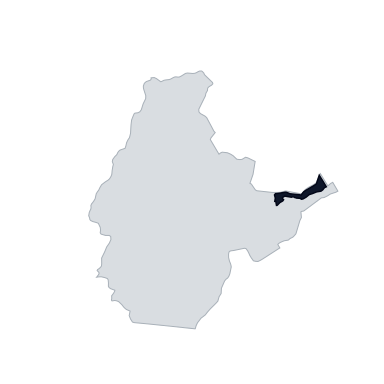 Manyo, Upper Nile, South Sudan shown in context, rotated 59°
{"feature_id": "79223893B45725284796006", "entity_name": "Manyo", "entity_type": "district", "adm_level": 2, "iso_a3": "SSD", "parent_name": "South Sudan", "parent_adm1": "Upper Nile", "projection": "equal_earth", "projection_center": [32.292, 11.036], "detail": "fine", "context": "in_parent", "style": "filled", "palette": "ink", "viewbox_px": 384, "rotation_deg": 59, "n_neighbors": 0, "source": "geoboundaries", "source_scale": "gbopen_adm2", "svg_char_len": 4594}
<svg xmlns="http://www.w3.org/2000/svg" viewBox="0 0 384 384"><g transform="rotate(59 192 192)"><path d="M283.2,296.6L274.5,308.4L273.9,309.1L272.8,310.0L269.3,310.1L265.6,309.5L262.2,306.4L258.8,308.8L256.7,309.5L255.4,309.8L252.3,310.2L248.0,311.4L246.1,313.0L245.1,314.3L244.2,316.6L243.8,316.8L243.0,316.6L241.9,315.6L239.6,314.3L238.4,311.4L237.4,309.6L236.5,308.7L232.9,311.6L231.1,312.3L229.7,312.2L227.0,310.5L224.1,309.1L222.6,309.1L220.4,310.9L217.9,313.5L216.5,316.1L215.9,317.7L215.0,315.3L214.2,313.8L212.9,313.2L210.5,313.8L209.9,313.0L209.8,311.0L209.4,309.1L208.8,307.7L206.9,306.3L202.1,303.5L198.4,297.8L196.5,295.2L195.2,293.5L193.2,289.1L191.0,286.0L188.3,284.6L186.6,285.3L184.7,288.5L181.3,291.6L179.7,291.7L177.7,290.1L175.2,288.9L170.6,288.4L168.8,289.8L166.3,292.2L164.2,293.6L162.9,293.7L161.7,293.2L160.3,292.9L159.2,292.8L156.7,290.7L155.5,289.1L154.6,287.6L153.3,286.5L151.6,285.7L150.5,284.3L149.9,282.6L149.0,280.5L147.9,278.5L144.2,275.0L143.1,272.9L142.3,270.9L140.8,268.7L139.2,265.7L138.7,261.3L138.6,257.8L138.3,256.2L137.6,254.6L136.8,253.2L135.5,251.6L132.5,249.4L129.4,246.8L127.9,245.2L125.0,244.7L123.3,243.2L121.9,239.9L121.3,237.3L119.9,235.2L119.3,233.8L119.0,232.0L120.1,226.9L118.5,225.0L116.0,222.6L114.3,220.0L113.2,217.6L110.1,214.5L103.2,209.8L99.2,206.7L97.1,204.0L95.2,201.4L95.0,200.3L96.2,197.6L96.4,195.5L95.4,193.1L91.3,188.5L88.1,183.6L85.6,182.0L79.6,180.6L77.9,180.1L76.1,179.1L74.3,176.9L73.8,174.3L74.7,170.0L74.1,168.7L73.1,168.4L73.4,167.5L74.5,165.4L76.4,164.1L81.4,162.0L81.6,161.2L81.8,158.6L82.2,157.3L83.9,153.6L84.2,152.1L84.3,149.0L84.5,147.6L85.0,146.5L86.4,144.7L86.9,143.6L87.1,141.2L87.0,136.5L87.7,134.6L90.8,130.3L91.7,128.4L92.0,126.7L92.0,125.0L92.2,123.3L93.1,121.6L93.9,121.1L96.2,120.6L97.8,120.9L108.7,118.0L110.0,118.4L110.5,120.1L110.5,122.9L110.7,124.2L111.2,125.2L113.0,126.5L114.2,128.7L114.8,129.5L116.5,131.0L124.6,143.6L126.9,144.8L129.1,144.4L133.6,141.8L135.8,141.1L151.2,141.9L153.0,141.5L155.4,147.9L156.5,149.3L173.5,149.4L173.2,147.6L173.4,145.6L176.4,141.7L176.9,141.2L179.5,139.4L182.0,138.1L187.0,136.7L188.8,134.4L189.8,132.3L189.8,128.2L190.5,127.5L191.6,126.5L197.3,122.8L198.3,122.1L208.3,130.6L214.0,137.4L214.3,137.7L214.6,137.9L214.9,137.6L215.2,137.3L215.9,137.0L218.3,136.9L222.8,136.6L224.3,135.8L233.5,123.7L235.9,119.8L236.4,119.0L237.8,116.3L239.2,111.6L239.5,111.0L249.5,99.7L249.8,98.8L249.9,98.1L248.4,94.3L248.1,92.3L248.0,89.4L248.3,84.7L248.2,81.8L248.1,81.0L248.0,80.8L242.4,72.5L256.6,72.4L256.6,71.4L256.5,71.0L256.3,70.1L256.1,68.7L256.1,68.0L256.2,67.3L256.2,66.9L256.2,66.6L256.2,66.4L266.4,66.5L266.3,68.8L265.0,74.4L265.1,77.7L264.8,81.5L264.4,82.6L263.9,83.5L263.7,84.0L263.7,84.4L265.8,105.6L265.7,106.5L265.1,107.9L265.0,108.3L265.0,108.6L265.2,108.9L269.9,111.2L270.1,111.3L270.3,111.5L272.0,114.2L281.2,124.3L281.5,124.8L282.5,128.0L282.6,128.5L282.6,129.2L282.6,129.8L282.4,131.7L282.5,132.6L282.6,133.1L282.8,133.8L282.8,134.0L282.7,134.5L281.3,138.1L280.9,140.7L280.7,142.9L280.8,144.2L281.0,145.0L281.1,145.4L281.2,145.5L285.2,145.5L285.2,146.7L285.8,165.9L285.8,168.1L285.6,170.8L285.2,171.8L284.0,173.4L282.6,174.8L279.0,175.1L276.0,175.1L273.9,174.8L271.0,174.6L268.2,174.9L267.2,176.1L263.6,186.4L262.5,188.9L262.2,190.4L262.6,191.3L264.0,192.6L267.1,194.4L270.6,195.5L273.3,195.9L275.1,196.4L276.5,197.0L281.6,201.7L283.2,203.8L284.1,205.7L284.3,207.8L285.0,209.8L289.6,216.3L294.0,219.3L295.7,222.7L297.3,224.4L298.9,226.1L299.7,228.8L301.6,236.5L302.9,240.6L304.2,243.9L304.8,249.3L305.8,251.7L306.9,254.6L308.7,257.3L310.6,259.3L310.9,259.8L291.9,285.0L283.2,296.6Z" fill="#d9dde1" stroke="#a8b0b8" stroke-width="1"/><path d="M247.0,126.5L247.3,125.9L246.3,122.1L246.4,118.9L245.8,117.5L244.6,117.8L243.8,117.6L243.3,116.7L243.3,114.6L247.7,109.4L247.9,108.3L248.8,107.1L249.5,106.9L250.5,105.9L250.9,105.7L253.2,102.5L254.5,102.0L255.1,100.5L255.2,97.0L254.6,92.9L255.4,89.5L256.1,85.0L257.7,81.1L257.5,78.9L256.5,76.2L256.7,74.2L251.0,74.2L243.2,74.3L248.6,80.6L248.9,80.9L249.1,81.4L249.2,81.7L249.2,82.3L249.2,82.7L249.3,83.7L249.3,85.0L249.2,93.4L249.2,94.3L249.3,95.0L249.3,95.7L249.4,96.3L249.6,96.8L249.7,97.3L250.0,97.9L250.2,98.5L250.4,99.0L250.9,100.1L250.6,100.3L250.3,100.6L249.8,101.2L248.9,102.3L246.7,105.3L244.6,108.1L244.0,108.9L243.2,109.5L242.3,110.1L241.1,111.0L240.8,111.3L240.5,111.7L240.3,112.0L240.1,112.4L239.9,112.9L239.7,113.6L238.9,115.5L238.3,117.2L237.8,118.3L237.1,119.9L236.7,120.7L236.4,121.3L237.0,122.8L240.1,123.7L242.6,125.8L242.9,124.9L247.0,126.5Z" fill="#0f172a" stroke="#020617" stroke-width="1.5"/></g></svg>